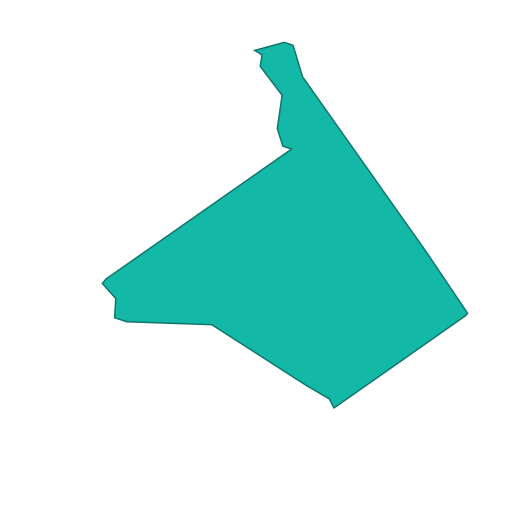 Gregg, Texas, United States of America, rotated 235°
{"feature_id": "52423323B83112121815500", "entity_name": "Gregg", "entity_type": "district", "adm_level": 2, "iso_a3": "USA", "parent_name": "United States of America", "parent_adm1": "Texas", "projection": "albers", "projection_center": [-94.76, 32.514], "detail": "fine", "context": "isolated", "style": "filled", "palette": "teal", "viewbox_px": 512, "rotation_deg": 235, "n_neighbors": 0, "source": "geoboundaries", "source_scale": "gbopen_adm2", "svg_char_len": 454}
<svg xmlns="http://www.w3.org/2000/svg" viewBox="0 0 512 512"><g transform="rotate(235 256 256)"><path d="M323.2,119.9L321.6,114.4L301.6,116.7L286.5,104.8L276.3,112.4L225.1,180.4L120.7,223.1L96.9,234.1L87.1,232.7L86.8,232.8L86.9,393.1L87.8,396.5L162.0,397.8L376.1,396.9L407.3,407.2L414.8,401.7L425.2,372.8L417.3,376.3L408.9,368.2L372.7,369.6L348.1,346.5L330.6,341.0L323.2,346.5L323.2,119.9Z" fill="#14b8a6" stroke="#0f766e" stroke-width="1.5"/></g></svg>